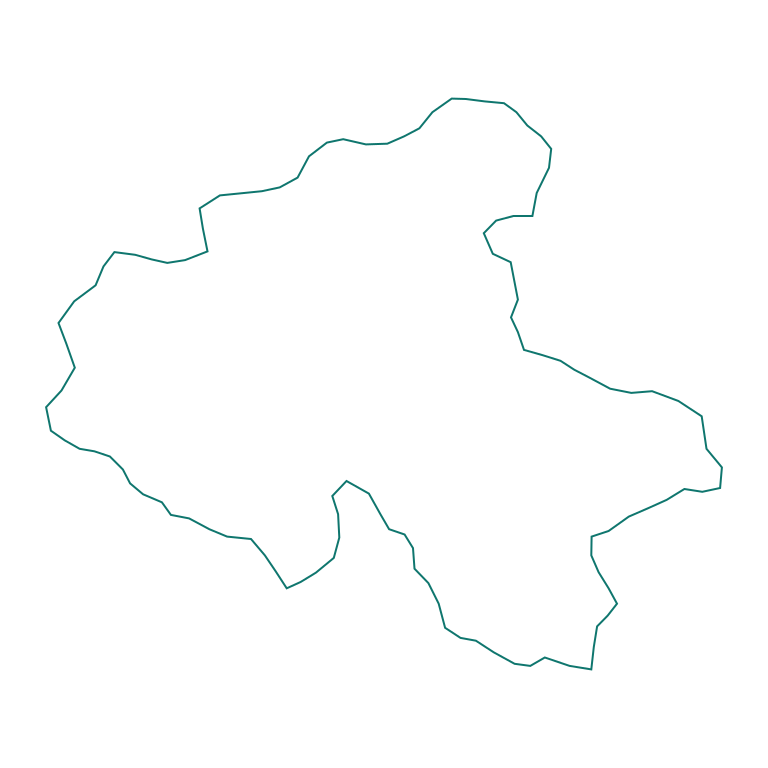 Carvalhópolis, Minas Gerais, Brazil (Robinson projection)
{"feature_id": "56859067B12876478935865", "entity_name": "Carvalhópolis", "entity_type": "district", "adm_level": 2, "iso_a3": "BRA", "parent_name": "Brazil", "parent_adm1": "Minas Gerais", "projection": "robinson", "projection_center": [-45.827, -21.773], "detail": "fine", "context": "isolated", "style": "outline", "palette": "teal", "viewbox_px": 768, "rotation_deg": 0, "n_neighbors": 0, "source": "geoboundaries", "source_scale": "gbopen_adm2", "svg_char_len": 1518}
<svg xmlns="http://www.w3.org/2000/svg" viewBox="0 0 768 768"><path d="M591.3,669.4L593.8,647.0L597.1,626.4L607.7,615.6L617.0,603.7L608.6,588.3L598.6,572.2L591.3,555.4L591.6,536.6L608.6,531.0L628.8,516.6L648.8,507.9L666.6,499.9L684.4,489.0L702.3,491.8L720.1,488.0L721.9,467.4L706.5,448.8L701.7,416.3L678.4,401.0L652.1,391.2L631.3,392.9L610.1,388.7L589.2,377.5L574.4,369.8L560.5,360.8L542.7,355.2L524.0,349.9L517.9,332.1L511.0,317.4L517.9,299.6L510.7,262.2L492.8,253.8L483.8,233.2L496.1,220.6L513.4,216.0L532.4,216.0L536.7,193.0L549.0,167.8L551.2,148.9L541.2,136.4L527.3,125.5L516.4,112.2L504.0,103.2L484.7,101.4L465.9,99.0L451.7,98.6L432.4,112.2L419.4,128.3L404.0,136.4L387.3,143.7L365.9,144.4L343.2,139.2L326.9,142.6L309.0,156.3L297.6,177.6L279.7,187.4L261.9,191.2L244.0,193.0L219.9,195.4L199.6,208.4L202.9,228.6L207.5,251.4L185.1,260.1L167.3,262.9L151.6,259.4L135.2,254.8L114.4,252.1L103.5,266.4L95.6,285.3L74.2,301.3L58.5,323.0L66.3,343.6L74.8,367.7L61.5,390.5L46.1,407.2L50.9,430.7L64.8,440.4L79.6,448.8L94.4,451.3L109.9,456.5L122.9,469.5L130.1,483.4L143.1,494.3L161.9,502.3L170.9,514.9L189.1,518.4L209.3,529.2L227.1,536.6L251.0,539.0L264.9,555.4L275.8,571.5L286.7,588.3L300.6,582.0L316.0,572.6L333.8,557.9L339.3,537.6L338.1,514.2L332.3,496.0L346.5,481.0L368.9,493.6L380.4,514.2L389.1,529.2L404.6,534.5L413.0,548.1L414.5,568.7L428.4,583.1L438.7,603.7L445.1,627.8L460.5,637.9L475.9,640.7L493.7,652.3L514.6,663.8L530.3,665.9L544.8,657.5L569.6,665.9L591.3,669.4Z" fill="none" stroke="#0f766e" stroke-width="2"/></svg>